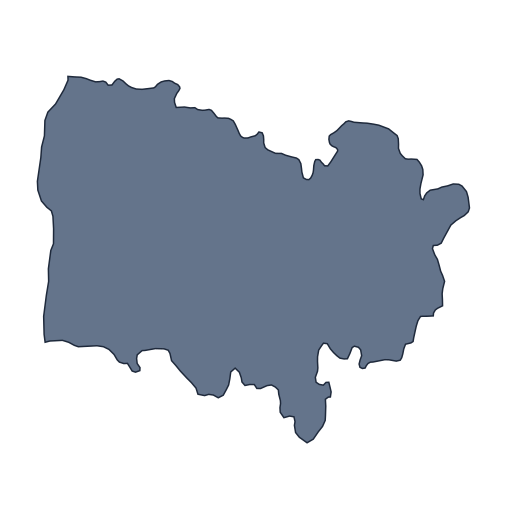 Ivanava, Brest, Belarus (Equal Earth projection), rotated 87°
{"feature_id": "67162791B27498157405440", "entity_name": "Ivanava", "entity_type": "district", "adm_level": 2, "iso_a3": "BLR", "parent_name": "Belarus", "parent_adm1": "Brest", "projection": "equal_earth", "projection_center": [25.563, 52.191], "detail": "fine", "context": "isolated", "style": "filled", "palette": "slate", "viewbox_px": 512, "rotation_deg": 87, "n_neighbors": 0, "source": "geoboundaries", "source_scale": "gbopen_adm2", "svg_char_len": 4261}
<svg xmlns="http://www.w3.org/2000/svg" viewBox="0 0 512 512"><g transform="rotate(87 256 256)"><path d="M325.1,82.1L322.2,81.7L319.2,79.7L317.7,77.4L316.5,74.6L315.5,72.3L309.1,72.1L303.5,72.1L298.4,71.2L291.2,69.0L285.2,70.7L280.8,72.4L274.9,73.6L268.9,75.0L264.2,77.4L257.9,79.4L254.8,78.4L254.7,74.3L252.9,70.4L247.8,67.5L243.1,64.6L235.3,59.8L231.2,54.5L228.3,49.5L226.5,45.9L223.0,41.8L219.2,40.3L208.5,41.1L204.1,42.1L202.6,42.5L196.9,46.6L195.0,49.7L194.4,55.3L196.0,61.0L196.9,66.8L198.5,70.9L199.4,78.6L201.9,82.2L204.8,84.4L208.5,85.9L207.6,88.0L202.2,89.0L197.8,88.8L192.2,87.5L183.7,84.9L178.3,84.9L174.6,85.9L170.8,88.0L168.0,90.2L167.9,90.9L167.3,96.0L167.3,98.9L166.7,101.8L163.6,104.7L161.0,106.6L156.0,108.1L151.9,107.8L146.3,107.8L143.1,108.8L140.0,112.4L136.0,116.9L133.2,123.3L131.8,126.5L130.5,131.7L129.2,138.0L128.7,142.7L127.9,148.6L127.6,151.1L126.6,153.8L125.9,156.4L126.7,159.3L128.5,161.2L130.4,163.7L132.6,166.0L135.0,168.6L137.1,171.9L138.7,175.1L140.1,176.6L143.3,177.1L146.5,176.7L148.2,176.1L149.9,174.5L150.9,172.8L151.5,171.4L152.4,170.0L154.2,168.9L155.5,169.0L159.7,172.0L163.1,174.4L165.8,176.3L169.8,179.6L169.5,182.8L167.6,184.1L165.9,185.7L163.6,187.2L162.9,188.9L162.9,191.3L164.7,192.4L168.6,193.5L173.2,194.1L175.7,194.6L178.2,195.6L181.0,197.3L182.5,199.2L182.2,201.8L180.4,204.6L174.6,205.8L170.8,206.0L166.1,206.4L162.0,208.2L160.3,210.5L158.8,215.6L156.9,221.2L154.9,225.2L154.7,228.4L154.5,231.2L150.6,238.7L148.2,241.2L143.5,242.4L140.0,242.2L136.4,242.3L133.3,243.4L132.3,246.6L134.5,248.5L135.9,250.5L136.8,254.9L137.7,257.8L137.6,261.6L136.9,263.2L135.4,265.0L132.8,266.3L129.7,267.4L123.5,269.8L119.9,271.6L118.3,273.9L117.1,276.2L116.6,280.3L116.6,282.6L116.1,286.8L114.6,288.3L111.2,290.6L108.2,292.9L107.2,295.2L107.7,299.4L107.7,302.0L106.7,306.6L104.7,309.3L104.7,313.8L103.5,319.6L103.5,325.9L103.5,327.9L98.4,329.3L94.6,329.3L89.5,326.6L86.9,324.5L84.7,323.2L83.1,323.4L80.7,325.2L79.2,328.2L77.4,330.4L76.2,333.7L76.4,338.0L77.2,341.6L79.4,345.4L81.8,347.6L82.8,349.3L83.2,354.8L83.6,361.0L83.0,366.8L81.2,371.5L79.4,374.5L77.3,376.8L74.3,379.6L71.9,383.4L72.1,385.4L74.1,387.9L77.7,390.9L77.7,394.7L74.5,396.9L73.3,399.7L73.7,403.2L73.7,407.1L71.7,412.5L70.0,416.2L68.3,421.4L67.7,427.5L66.8,434.4L70.6,434.5L80.0,439.2L93.7,448.2L101.4,456.3L109.6,459.7L125.0,461.0L135.9,464.4L146.4,465.7L170.0,470.4L178.8,470.4L189.8,467.4L196.4,462.3L200.2,458.0L205.7,456.7L218.3,456.7L233.2,457.6L239.7,460.6L257.9,464.0L270.5,464.4L284.2,467.4L305.1,471.2L323.2,471.7L331.1,471.1L330.1,466.3L330.1,458.8L330.1,453.7L332.4,447.5L335.7,442.1L337.3,438.2L337.3,432.9L337.3,425.9L337.3,419.5L338.6,413.1L341.6,407.7L346.9,402.9L352.5,400.0L354.8,398.0L356.5,393.6L356.5,390.0L360.1,388.0L364.4,385.7L365.7,382.4L364.4,378.0L361.4,377.7L357.1,380.3L352.1,380.6L348.5,379.8L344.5,374.7L344.5,371.9L343.2,361.4L343.9,352.7L345.5,348.6L348.8,347.0L356.1,345.8L361.0,341.9L366.9,337.6L374.2,331.5L379.1,327.1L384.8,322.8L391.0,321.2L392.7,314.6L391.7,310.5L392.6,305.9L395.6,301.1L393.3,296.0L388.0,292.7L383.4,290.1L377.4,288.6L370.5,287.3L366.9,282.7L371.2,278.7L376.8,277.1L381.1,276.6L384.7,273.8L384.0,269.0L384.3,264.4L388.3,262.1L388.6,258.5L386.0,251.7L385.6,247.3L387.9,243.5L390.9,240.7L395.2,240.5L401.8,239.2L404.7,239.2L408.7,240.0L413.3,240.0L418.9,236.6L417.6,230.8L418.6,226.5L423.5,225.7L427.1,226.5L434.4,225.7L439.3,222.2L441.9,218.9L445.2,214.8L441.9,208.4L434.7,202.9L429.7,198.5L423.8,195.5L419.2,195.0L409.6,194.2L402.7,194.2L400.7,191.2L400.7,189.1L395.7,188.1L391.1,188.9L385.9,189.9L385.9,192.7L388.5,195.5L387.5,199.6L385.2,202.6L380.3,203.1L374.3,200.6L371.0,200.1L364.5,200.1L359.8,199.8L353.2,198.3L349.0,195.2L346.6,193.2L347.3,189.4L352.6,186.6L356.5,183.6L359.8,180.5L362.4,177.5L363.4,173.4L363.4,170.1L358.2,167.3L352.5,164.8L351.2,162.5L352.5,158.5L355.2,156.4L361.1,155.7L365.4,157.5L369.3,158.7L372.6,158.0L373.9,155.6L373.6,152.9L371.3,151.6L369.2,149.8L368.0,147.3L368.0,144.8L367.3,139.8L366.3,132.8L366.6,128.7L367.4,125.3L368.3,121.4L367.6,117.4L365.2,115.8L361.3,114.5L356.5,113.3L351.9,111.3L350.9,105.8L349.6,103.6L345.9,102.8L338.6,100.8L334.3,99.6L329.1,97.7L325.0,94.9L324.9,93.1L325.1,88.5L325.1,82.1Z" fill="#64748b" stroke="#1e293b" stroke-width="1.5"/></g></svg>